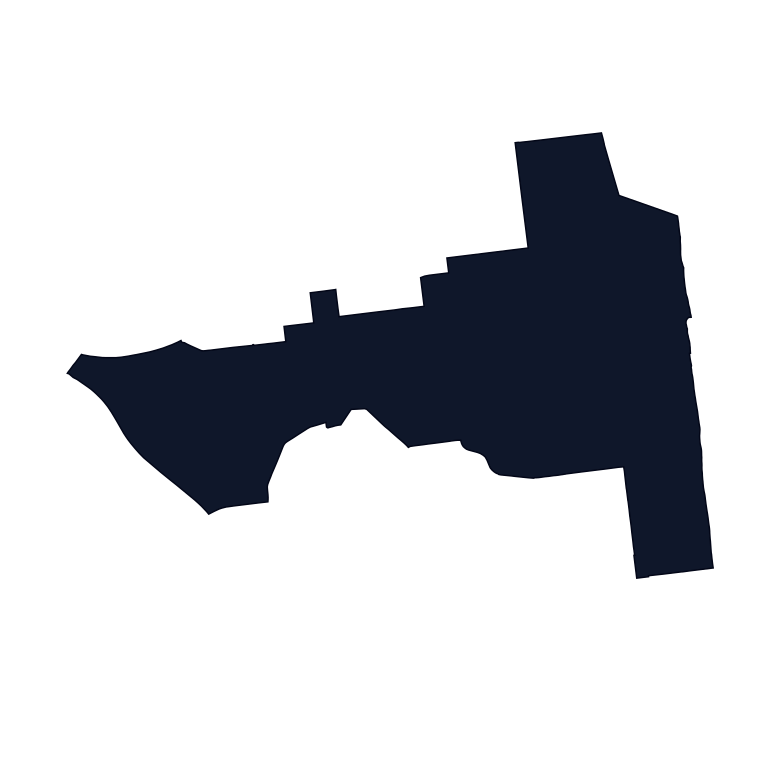 Cambridge, Western Australia, Australia (orthographic projection), rotated 173°
{"feature_id": "25037944B66566842359979", "entity_name": "Cambridge", "entity_type": "district", "adm_level": 2, "iso_a3": "AUS", "parent_name": "Australia", "parent_adm1": "Western Australia", "projection": "orthographic", "projection_center": [115.789, -31.935], "detail": "fine", "context": "isolated", "style": "filled", "palette": "ink", "viewbox_px": 768, "rotation_deg": 173, "n_neighbors": 0, "source": "geoboundaries", "source_scale": "gbopen_adm2", "svg_char_len": 5985}
<svg xmlns="http://www.w3.org/2000/svg" viewBox="0 0 768 768"><g transform="rotate(173 384 384)"><path d="M79.7,161.3L79.8,165.2L79.8,171.2L79.7,175.0L79.8,176.9L79.7,178.8L79.6,180.8L79.5,182.7L79.4,184.7L79.2,188.5L79.2,190.4L79.1,192.3L78.9,196.2L78.7,198.3L78.6,200.4L78.6,202.4L78.7,206.2L78.7,212.1L78.8,216.1L78.9,218.1L79.1,225.9L79.1,227.9L79.1,229.8L79.1,231.9L79.1,234.2L79.2,236.1L79.4,238.1L79.5,240.2L79.6,242.2L79.5,246.2L79.4,248.2L79.4,250.2L79.2,254.3L79.0,256.4L78.9,260.3L78.7,262.4L78.4,264.4L78.2,266.4L78.1,268.5L77.9,270.4L77.6,272.3L77.5,274.2L77.1,278.1L77.0,280.0L77.1,282.0L77.3,284.0L77.5,286.0L77.5,288.0L77.4,289.9L77.3,292.0L77.1,294.2L76.7,296.2L76.0,300.2L75.9,302.2L76.0,304.4L76.1,306.4L76.1,308.6L76.2,310.7L76.2,312.7L76.2,314.6L76.2,316.8L76.2,318.8L76.3,320.7L76.4,323.0L76.5,324.9L76.6,327.2L76.7,329.2L76.7,331.3L76.8,333.3L76.9,335.4L76.9,337.4L77.0,341.3L76.8,347.2L76.8,351.0L76.8,352.9L76.9,354.9L77.1,356.9L77.1,358.8L77.0,361.1L77.2,362.9L76.6,364.7L76.7,366.6L76.9,368.5L77.0,370.5L77.1,372.4L77.1,377.2L76.1,377.2L75.9,381.1L75.7,383.1L75.7,385.1L75.6,387.1L75.7,388.9L76.2,392.9L76.3,394.9L76.6,396.8L76.6,398.7L76.2,401.8L76.6,403.6L76.7,405.5L76.9,407.4L76.6,409.3L75.8,411.0L73.6,413.0L71.0,412.8L71.0,414.7L71.3,416.5L71.4,418.5L71.4,420.6L71.6,422.7L71.9,424.5L72.1,426.4L72.1,428.2L72.2,430.1L72.4,432.0L72.7,433.9L73.1,435.7L73.3,437.6L73.3,441.6L73.4,443.6L73.4,445.6L73.4,447.6L73.3,451.4L73.3,453.3L73.2,455.3L72.9,459.1L72.7,461.0L72.4,462.8L72.9,464.6L73.2,466.6L73.5,468.4L73.9,470.2L73.9,474.0L73.9,475.9L73.5,479.7L73.2,481.7L73.0,483.7L72.8,485.7L72.6,489.6L72.0,493.7L72.2,495.7L72.2,497.6L72.3,499.7L72.2,501.7L72.2,503.8L72.2,505.7L72.1,507.6L72.2,513.7L72.3,514.9L75.0,516.3L127.8,542.5L133.8,579.2L136.2,594.4L136.2,595.4L136.8,601.1L137.6,606.7L138.2,606.7L139.8,606.7L140.9,606.7L145.3,606.7L152.8,606.8L171.6,606.9L196.8,607.0L210.6,607.1L211.4,607.1L212.1,607.1L216.9,607.2L219.8,607.2L221.3,607.5L224.4,607.5L224.4,590.6L224.4,567.2L224.4,561.0L224.4,556.0L224.4,551.2L224.3,501.4L257.4,501.4L306.2,501.4L306.2,489.0L306.2,486.4L323.6,486.4L325.7,486.4L330.5,486.1L334.7,485.1L334.7,482.9L334.7,477.1L334.7,469.0L334.7,466.7L334.7,456.2L346.7,456.2L356.6,456.4L360.4,456.3L364.4,456.2L382.1,456.3L401.2,456.3L420.4,456.3L420.5,464.9L420.5,468.9L420.5,473.4L420.5,477.8L420.4,483.7L421.7,483.6L424.1,483.6L433.1,483.5L440.3,483.5L440.5,483.5L446.1,483.5L446.1,482.0L446.2,456.4L446.3,453.2L449.3,453.2L450.9,453.2L469.1,453.3L472.3,453.3L476.2,453.3L476.3,438.0L480.2,438.0L489.5,438.0L493.4,438.1L498.4,438.1L508.3,438.2L508.4,438.4L508.4,438.6L508.5,438.8L508.8,439.0L509.0,439.0L509.3,439.0L509.5,438.9L509.7,438.6L509.8,438.5L509.8,438.3L510.4,438.3L529.5,438.7L545.4,438.7L552.1,438.7L554.4,438.8L556.9,438.8L559.5,438.9L561.3,439.4L564.8,441.5L571.6,445.6L575.0,447.8L576.9,449.2L577.8,449.5L579.0,449.8L579.6,450.1L580.0,451.2L580.2,451.9L583.5,450.7L590.0,448.7L591.4,448.4L598.7,446.6L606.1,445.3L612.4,444.4L615.9,444.1L623.5,443.5L626.1,443.3L628.4,443.2L634.3,442.8L641.5,442.6L647.0,442.8L655.3,443.8L660.2,444.5L668.9,446.6L672.1,447.3L679.3,449.6L680.7,450.2L687.5,443.0L690.3,440.4L693.4,437.0L696.0,434.4L697.0,433.2L695.3,432.4L691.7,428.4L688.0,425.9L678.5,417.4L675.6,414.7L673.0,411.9L670.7,409.2L666.2,403.5L664.1,400.4L661.0,395.3L659.2,391.8L659.0,391.3L658.8,390.9L658.0,389.4L657.8,388.9L656.0,384.9L653.6,379.4L648.4,367.0L646.6,363.3L644.7,359.7L642.4,355.8L641.2,353.9L638.8,350.2L635.3,345.1L631.5,340.1L616.2,323.5L608.2,315.2L603.2,310.1L602.5,309.4L589.6,295.8L586.0,292.0L582.5,288.0L582.1,287.5L580.1,285.1L575.6,279.0L573.8,276.2L572.0,276.9L568.2,278.3L563.0,280.0L560.2,280.6L555.6,281.2L552.6,281.2L548.3,281.3L545.0,281.3L541.5,281.3L530.8,281.3L523.5,281.3L513.6,281.2L513.2,283.3L512.9,285.5L512.7,288.2L512.6,292.0L512.5,294.3L512.4,295.9L512.3,296.4L512.2,296.9L511.6,298.7L510.8,300.2L510.1,301.6L507.9,305.5L506.3,308.6L503.6,313.2L501.0,317.7L499.0,321.2L495.3,327.9L491.7,334.5L490.5,336.2L490.2,336.5L489.8,336.9L489.0,337.6L488.0,338.2L486.9,338.8L482.2,341.0L481.3,341.4L474.2,344.9L472.9,345.5L465.9,348.9L464.0,349.7L462.0,350.4L461.0,350.5L455.3,351.4L446.3,353.0L446.3,348.4L446.1,348.1L445.5,347.5L444.9,347.3L444.2,347.5L440.1,348.0L437.9,348.4L437.1,348.5L434.6,348.7L431.9,348.7L422.4,359.7L420.4,362.0L419.7,362.8L410.9,362.2L406.2,361.9L405.7,361.6L404.3,361.1L391.3,345.3L388.7,342.2L387.7,341.1L385.4,338.7L379.1,331.6L376.7,328.9L373.9,325.9L371.3,323.0L368.9,320.1L367.9,318.6L367.5,318.1L365.9,318.8L365.2,318.9L360.8,319.0L353.0,319.0L347.7,319.1L342.7,319.1L339.5,319.1L338.9,319.1L338.3,319.1L326.0,319.2L323.9,319.3L320.2,319.3L317.6,319.2L316.3,319.0L314.7,318.9L314.6,318.4L314.6,317.6L314.4,316.8L314.2,315.4L313.7,313.9L312.9,312.2L311.3,310.4L310.1,309.3L307.9,308.1L299.7,304.8L296.8,303.3L294.2,301.2L292.8,299.7L292.2,298.8L290.9,295.5L289.7,291.1L289.2,289.4L289.0,288.6L288.5,287.4L287.2,285.4L285.4,283.4L285.2,283.3L284.6,282.7L283.9,282.1L283.5,281.9L283.0,281.5L282.6,281.4L282.4,281.4L281.7,280.8L281.2,280.3L279.2,279.6L277.9,279.3L268.5,277.2L265.8,276.5L254.5,273.9L251.4,273.2L247.4,272.4L246.6,272.3L246.1,272.7L245.6,272.6L244.8,272.5L244.1,272.4L243.4,272.4L242.3,272.3L240.5,272.3L235.6,272.4L231.7,272.3L226.7,272.4L224.6,272.3L221.4,272.3L219.4,272.4L218.5,272.4L217.5,272.4L216.1,272.5L214.9,272.5L214.1,272.6L213.1,272.6L197.8,272.7L192.3,272.7L183.8,272.7L173.9,272.7L161.4,272.8L161.1,272.8L156.2,272.6L156.0,268.1L156.1,262.2L156.1,261.2L156.2,252.4L156.2,250.8L156.1,249.3L156.1,243.4L156.1,238.4L156.0,237.6L156.0,236.8L156.0,236.0L156.0,229.0L156.1,223.5L156.0,215.8L156.0,212.3L156.1,205.0L156.1,204.1L156.1,202.5L156.1,197.9L156.2,192.2L156.1,188.5L156.1,184.4L156.0,183.7L155.9,183.6L156.8,183.5L156.8,182.5L156.8,160.5L148.4,160.5L145.6,160.5L144.9,160.5L144.8,161.5L128.7,161.3L114.3,161.3L111.5,161.3L110.5,161.2L103.2,161.3L79.7,161.3Z" fill="#0f172a" stroke="#020617" stroke-width="1.5"/></g></svg>